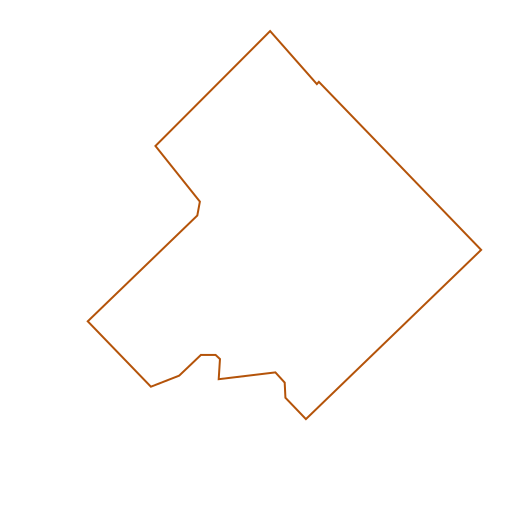 the district of 80, Ar Rayyān, Qatar, rotated 226°
{"feature_id": "91078587B61034229486760", "entity_name": "80", "entity_type": "district", "adm_level": 2, "iso_a3": "QAT", "parent_name": "Qatar", "parent_adm1": "Ar Rayyān", "projection": "natural_earth1", "projection_center": [51.221, 25.39], "detail": "fine", "context": "isolated", "style": "outline", "palette": "amber", "viewbox_px": 512, "rotation_deg": 226, "n_neighbors": 0, "source": "geoboundaries", "source_scale": "gbopen_adm2", "svg_char_len": 439}
<svg xmlns="http://www.w3.org/2000/svg" viewBox="0 0 512 512"><g transform="rotate(226 256 256)"><path d="M325.9,89.6L235.0,89.6L223.3,117.6L223.1,147.7L212.9,158.2L206.9,158.5L193.3,143.6L158.8,189.1L145.0,188.7L133.6,178.7L104.0,178.6L104.0,325.9L104.0,422.2L307.1,422.2L337.6,422.2L337.4,419.2L408.0,422.4L406.6,347.6L405.0,260.1L334.1,253.4L325.9,241.9L325.9,121.9L325.9,89.6Z" fill="none" stroke="#b45309" stroke-width="2"/></g></svg>